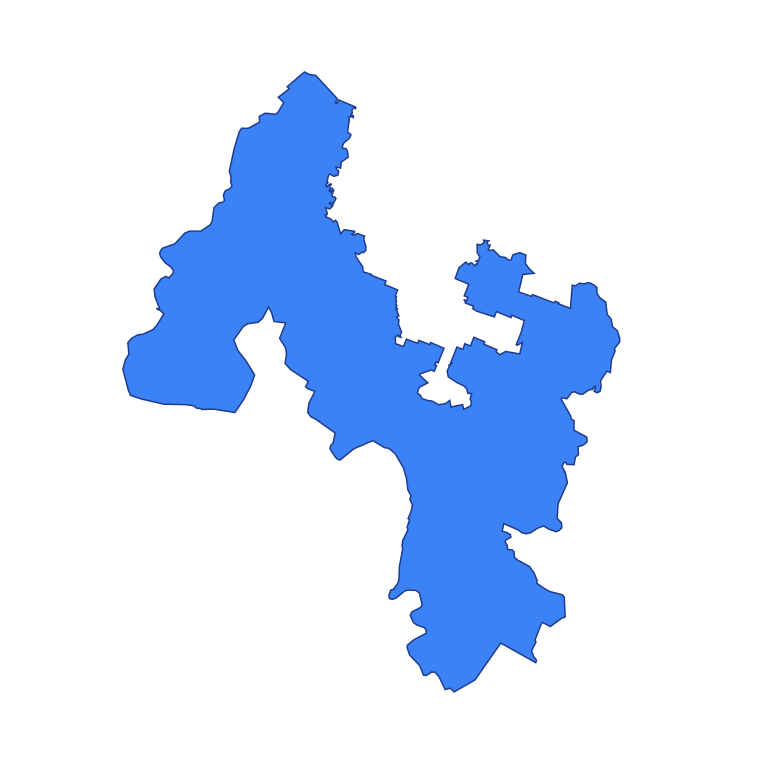 Coxquihui, Veracruz, Mexico, rotated 293°
{"feature_id": "50627088B19179472142749", "entity_name": "Coxquihui", "entity_type": "district", "adm_level": 2, "iso_a3": "MEX", "parent_name": "Mexico", "parent_adm1": "Veracruz", "projection": "natural_earth1", "projection_center": [-97.543, 20.215], "detail": "fine", "context": "isolated", "style": "filled", "palette": "blue", "viewbox_px": 768, "rotation_deg": 293, "n_neighbors": 0, "source": "geoboundaries", "source_scale": "gbopen_adm2", "svg_char_len": 6171}
<svg xmlns="http://www.w3.org/2000/svg" viewBox="0 0 768 768"><g transform="rotate(293 384 384)"><path d="M189.3,632.3L191.7,628.1L196.1,624.1L205.8,624.7L207.7,623.0L224.1,622.5L226.5,623.1L225.7,631.8L237.9,639.2L240.4,641.8L258.2,633.2L259.7,630.5L257.8,618.3L258.0,613.7L260.3,602.4L262.8,601.9L268.5,596.2L272.8,589.4L274.1,576.2L275.3,571.9L280.3,569.3L281.4,566.9L280.0,562.3L283.6,560.6L286.0,557.2L288.3,557.2L292.5,560.7L294.7,559.2L295.3,554.8L294.7,550.3L302.3,548.8L302.1,564.7L300.9,569.1L301.8,573.6L304.4,577.1L311.0,581.5L315.7,586.4L314.8,592.9L315.3,600.2L317.7,602.5L321.2,603.9L325.5,601.6L328.1,595.8L341.6,591.1L364.8,591.4L373.2,585.6L378.0,579.8L382.5,580.6L382.8,582.5L381.5,583.6L384.0,590.5L391.6,588.7L394.8,590.6L402.3,587.1L404.8,590.6L407.3,592.2L410.0,593.5L412.6,592.4L414.4,591.1L415.7,576.9L424.6,573.3L424.8,570.1L427.4,568.5L439.4,552.8L440.8,553.1L441.9,558.2L449.5,560.0L451.3,562.5L451.0,567.4L452.3,571.0L459.1,575.2L460.3,578.0L464.0,578.4L464.4,579.8L459.4,580.3L459.1,583.6L461.6,585.7L466.0,585.1L471.8,582.0L482.9,584.2L483.0,587.9L494.9,584.0L504.8,583.8L506.6,582.3L514.8,584.5L518.3,583.0L524.3,578.0L525.9,572.1L532.5,567.7L535.4,562.2L546.1,556.0L547.8,548.7L551.0,544.3L555.9,542.4L556.9,539.4L557.6,534.9L556.8,531.9L554.4,529.2L553.1,524.4L549.1,522.0L548.5,518.7L526.4,526.1L526.0,513.2L526.9,513.3L527.1,509.3L525.1,508.8L524.3,485.7L522.3,485.8L521.4,472.0L539.1,469.0L544.5,478.9L546.9,472.4L550.3,467.0L558.2,464.2L558.0,457.7L554.1,452.9L552.7,452.1L548.1,452.5L546.6,450.8L547.9,446.1L546.5,441.3L550.2,432.0L548.3,429.3L548.3,427.5L553.3,427.5L552.5,425.8L553.8,424.3L554.9,423.5L556.7,424.5L555.3,419.4L553.4,421.0L549.6,418.4L549.0,415.1L541.1,418.6L538.5,422.5L535.5,422.9L533.1,420.9L533.4,422.6L530.5,422.8L530.6,422.0L528.2,421.2L529.8,417.6L529.1,416.1L527.1,415.4L528.1,411.6L520.2,407.6L508.9,408.3L509.0,423.1L496.5,423.4L496.5,427.4L492.9,427.5L492.9,424.4L491.5,427.0L490.4,427.0L490.6,436.1L488.1,436.1L487.3,440.9L488.9,459.4L494.6,459.2L494.7,474.9L497.3,474.8L497.2,488.4L484.7,490.1L472.0,490.3L471.6,491.4L476.2,495.2L464.7,497.2L461.5,483.3L456.2,479.1L457.4,474.6L459.6,474.6L459.7,460.3L462.2,460.2L462.2,448.5L452.8,448.7L452.7,442.7L446.7,443.1L446.5,436.7L429.3,437.1L429.5,438.3L426.9,436.8L426.7,435.8L426.6,437.1L420.6,437.1L415.6,440.4L413.7,451.5L413.5,458.1L412.0,461.9L408.1,464.8L409.5,468.4L403.9,469.1L401.7,471.5L397.6,472.3L391.8,467.2L395.8,464.4L389.0,454.7L394.6,450.9L390.0,448.3L386.3,442.4L387.1,435.0L385.8,430.1L385.5,424.4L387.8,422.0L388.7,418.3L393.1,417.6L395.3,418.2L402.2,423.9L406.2,413.0L407.0,413.0L415.2,421.7L415.3,425.3L421.6,425.2L421.6,423.2L422.5,423.2L424.7,423.3L424.6,425.5L440.3,425.2L440.4,410.7L438.2,410.8L437.8,399.0L434.6,399.1L434.0,387.1L426.1,387.3L425.6,378.8L431.7,376.1L434.5,377.6L433.3,378.7L433.7,381.3L434.6,379.9L438.6,379.9L444.7,373.9L448.9,372.7L450.4,369.4L452.4,371.1L456.9,366.9L456.6,366.1L457.7,365.7L458.5,367.0L460.1,364.3L461.2,365.2L462.8,363.2L465.1,363.2L467.4,361.3L468.9,361.6L469.7,359.9L475.9,359.8L475.8,345.8L479.6,345.6L479.1,329.8L480.0,329.7L479.1,320.9L483.5,318.7L490.2,308.5L493.5,306.4L493.3,310.1L496.5,312.0L497.1,313.9L499.9,315.0L503.9,313.4L509.1,308.8L512.5,308.3L512.2,300.9L509.0,297.8L509.4,295.9L511.9,297.7L513.1,297.4L510.6,287.2L505.3,285.3L514.6,277.7L515.8,275.4L513.4,274.3L515.0,270.6L515.3,265.3L516.7,263.8L517.4,265.3L518.9,265.1L523.4,261.5L524.0,265.7L527.7,267.2L529.3,266.8L528.2,264.7L528.9,263.1L529.9,263.2L530.5,266.9L536.0,267.3L537.0,265.6L536.1,263.8L537.9,261.9L539.5,262.3L540.5,257.7L541.4,258.2L541.3,262.3L542.8,261.9L544.0,259.9L542.9,258.1L544.0,256.9L547.3,257.4L547.2,256.3L543.2,254.0L544.7,252.6L547.6,253.7L547.7,252.7L554.4,251.3L556.1,252.2L555.6,256.7L558.2,260.0L562.4,259.1L563.2,256.4L564.9,255.1L565.8,259.7L571.5,257.9L578.8,262.4L584.0,259.5L585.9,257.0L584.8,254.0L586.4,252.8L590.2,252.8L595.6,255.7L599.6,256.4L600.8,255.8L601.6,252.0L613.7,248.8L615.9,247.1L616.9,249.2L618.2,248.7L617.3,251.6L618.8,251.1L619.0,248.4L621.0,248.9L623.9,247.4L626.7,248.2L626.2,250.1L627.8,249.9L627.8,231.2L623.8,231.2L623.7,229.5L628.5,229.3L641.4,200.5L639.7,194.2L640.2,188.9L619.9,178.7L618.7,181.4L606.7,174.7L603.8,181.8L593.0,180.3L589.9,178.9L586.9,168.9L581.6,164.6L576.5,167.2L566.3,159.1L563.8,153.0L559.7,152.2L542.3,154.1L519.4,158.5L514.8,162.3L510.1,163.9L506.6,166.8L503.2,165.5L499.8,162.4L495.2,162.4L490.4,165.5L488.5,164.7L486.0,161.2L479.8,158.6L466.3,162.3L462.7,161.8L453.2,155.8L448.7,145.2L445.2,141.8L431.3,136.7L422.3,126.9L419.1,126.2L416.5,126.5L413.6,128.9L410.1,135.2L408.3,142.4L406.0,146.0L403.0,146.5L397.5,144.4L397.8,141.0L393.4,137.6L381.4,135.3L374.4,139.5L365.7,147.9L364.4,144.9L364.2,149.4L362.5,154.0L348.5,151.8L343.6,149.9L335.7,142.7L333.1,138.2L327.5,133.8L322.0,132.0L311.8,137.5L305.4,136.5L295.6,137.8L278.5,151.0L274.5,155.1L275.4,166.6L279.4,189.3L287.5,209.5L289.6,217.0L288.5,221.1L289.8,224.6L289.4,226.3L294.3,237.0L299.5,257.9L314.3,260.8L329.8,262.1L341.7,261.4L351.0,248.6L357.8,236.3L365.9,228.5L381.8,232.0L386.1,234.9L391.7,244.1L397.0,246.5L409.7,247.7L405.7,252.7L398.6,258.3L401.8,269.7L385.2,270.1L378.7,279.5L373.3,282.6L364.3,284.9L360.8,292.2L356.9,313.3L350.9,312.8L349.8,315.8L350.2,323.3L337.2,322.4L328.1,324.8L325.3,329.4L324.9,334.9L319.8,358.2L309.6,360.2L306.5,358.9L303.3,359.6L297.8,367.4L296.5,370.9L296.9,373.3L312.6,381.6L327.5,395.8L325.6,409.7L326.6,412.6L326.0,416.2L323.9,422.0L314.4,434.7L305.7,441.7L295.9,447.3L291.6,452.5L288.0,452.8L283.8,457.4L278.5,458.6L269.5,458.8L269.0,460.5L261.0,461.3L259.2,463.0L247.4,462.4L241.6,464.0L239.9,465.5L221.7,469.6L210.2,474.1L206.1,474.6L198.8,472.9L197.0,470.8L191.6,471.0L188.7,472.9L189.0,475.7L191.5,478.7L201.5,483.9L203.7,486.5L206.5,494.1L205.5,498.1L195.4,505.6L192.7,505.0L184.9,498.6L181.2,498.6L175.9,504.3L175.0,508.3L175.5,516.9L173.0,519.6L170.8,520.0L160.2,511.4L152.9,507.6L150.5,508.2L144.6,513.4L138.7,526.9L131.4,534.1L132.2,536.8L137.4,540.3L138.6,543.5L136.2,548.8L126.6,559.7L129.9,563.9L127.9,568.8L147.1,583.4L191.1,592.7L186.8,632.6L189.3,632.3Z" fill="#3b82f6" stroke="#1e3a8a" stroke-width="1.5"/></g></svg>